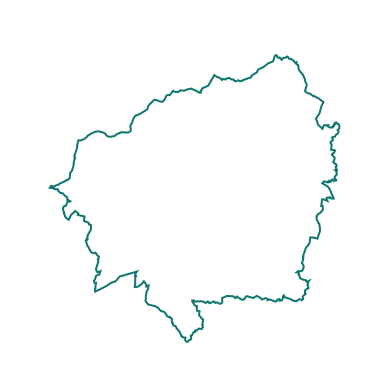 outline of Acatic, Jalisco, Mexico, rotated 9°
{"feature_id": "50627088B27776159649356", "entity_name": "Acatic", "entity_type": "district", "adm_level": 2, "iso_a3": "MEX", "parent_name": "Mexico", "parent_adm1": "Jalisco", "projection": "natural_earth1", "projection_center": [-102.897, 20.769], "detail": "fine", "context": "isolated", "style": "outline", "palette": "teal", "viewbox_px": 384, "rotation_deg": 9, "n_neighbors": 0, "source": "geoboundaries", "source_scale": "gbopen_adm2", "svg_char_len": 5996}
<svg xmlns="http://www.w3.org/2000/svg" viewBox="0 0 384 384"><g transform="rotate(9 192 192)"><path d="M211.2,340.7L212.1,339.1L214.2,337.5L213.3,334.2L214.2,334.0L215.4,330.3L217.0,329.7L216.8,328.3L218.6,328.0L219.8,325.9L222.9,325.9L223.3,324.7L223.9,324.1L223.5,322.1L223.0,322.0L223.0,316.3L221.5,315.6L218.2,312.5L218.1,308.5L215.5,308.5L214.8,305.7L214.7,303.9L212.6,303.7L209.7,300.4L209.2,299.2L210.9,298.8L211.7,299.9L214.9,299.0L216.3,299.1L217.7,298.5L220.9,298.6L221.8,299.3L222.7,299.4L224.7,297.7L225.3,297.9L225.3,298.5L226.9,299.1L230.4,296.8L231.3,296.7L232.4,297.9L234.1,297.1L236.9,298.1L238.6,297.4L239.2,296.3L238.3,292.1L242.7,289.2L249.0,288.6L251.5,290.0L251.9,289.5L252.2,288.4L252.7,288.2L254.2,289.2L258.7,290.6L260.3,289.8L261.5,287.0L262.3,286.3L269.1,287.1L272.1,284.5L275.7,285.6L277.9,287.2L281.4,285.3L283.5,285.9L283.6,286.9L285.9,286.0L291.3,287.2L292.5,286.7L292.8,285.4L294.9,284.0L295.5,284.3L295.6,285.7L297.7,285.0L298.2,283.8L298.2,280.8L299.0,279.8L299.7,281.4L305.2,282.2L309.2,283.5L312.1,283.6L314.5,281.3L316.2,281.0L317.3,281.8L318.6,280.3L317.8,278.7L317.9,277.5L320.2,274.8L319.4,274.1L319.0,271.7L320.2,270.1L322.1,268.8L322.1,268.3L320.6,266.2L321.0,264.3L320.6,263.0L321.4,261.5L319.3,262.8L318.1,261.3L314.7,261.1L312.2,260.3L311.2,257.6L310.1,256.9L310.4,255.6L309.1,254.8L308.0,254.9L309.1,253.6L312.5,253.1L313.3,252.2L314.1,248.7L313.2,246.5L311.7,245.0L312.3,241.6L311.9,240.4L312.3,240.2L311.7,238.6L312.1,238.3L311.8,237.3L313.3,229.1L315.1,226.2L316.1,223.8L315.9,218.3L319.9,218.0L323.1,218.5L324.5,210.6L324.4,209.1L322.6,203.3L321.9,203.0L319.5,199.6L318.8,196.4L319.4,196.0L319.5,194.5L321.7,192.8L323.8,189.7L323.9,188.2L323.1,185.3L321.8,185.6L321.7,178.8L323.4,178.7L327.1,179.6L326.2,178.3L325.9,176.7L328.4,175.8L328.9,176.4L329.6,175.8L330.8,176.7L332.0,176.3L332.9,176.5L333.0,176.2L327.4,167.5L325.1,165.3L319.3,163.0L320.9,160.7L322.0,161.0L324.0,160.8L324.1,161.3L325.8,160.9L325.6,159.8L327.3,160.2L327.5,158.7L328.6,157.8L329.3,157.7L330.1,159.0L331.1,158.1L332.3,158.3L332.7,157.7L330.6,155.8L330.6,154.5L332.2,152.1L332.0,150.9L331.1,149.1L331.8,148.5L331.8,147.5L330.6,147.5L331.1,147.2L330.0,144.5L330.7,143.7L330.7,143.1L330.1,142.2L327.0,140.7L326.8,140.0L327.6,137.5L327.6,135.8L324.2,133.2L324.8,132.1L326.2,130.9L326.8,128.8L326.3,128.3L322.7,128.5L322.6,123.6L322.4,122.8L321.5,122.4L320.9,121.0L323.0,119.0L322.9,117.8L321.9,116.8L322.0,116.0L324.6,114.9L325.2,113.0L326.7,111.7L327.2,110.6L327.4,109.5L326.1,108.0L327.5,106.3L327.3,104.4L326.7,102.5L323.5,100.8L323.2,102.5L321.9,101.9L321.8,104.6L321.1,104.4L320.7,104.8L320.9,106.1L318.3,106.8L315.5,105.7L316.0,104.7L312.2,105.3L311.7,105.7L311.0,109.2L305.7,105.6L304.6,102.8L302.9,100.3L305.6,94.5L306.5,86.5L307.8,82.6L301.4,79.3L299.8,79.0L298.1,78.1L297.2,78.5L293.5,76.6L289.5,75.9L287.9,74.7L288.2,70.9L288.7,69.3L287.8,66.6L286.8,65.6L285.6,62.5L283.1,58.7L280.7,56.8L278.2,54.1L276.9,49.9L275.3,49.4L274.9,47.5L273.9,48.4L271.8,46.4L270.5,46.0L269.3,45.0L267.4,45.4L265.2,43.3L264.2,43.6L263.9,44.4L260.9,45.5L259.9,47.4L257.4,45.4L256.4,46.0L255.3,45.5L254.0,43.6L252.8,44.1L252.3,45.5L252.2,47.6L251.5,50.4L247.1,53.0L242.9,57.6L239.0,60.0L237.9,61.2L237.5,63.5L232.6,67.8L232.5,69.6L229.9,70.6L228.7,71.6L227.6,71.8L226.8,72.6L225.2,73.3L224.6,74.2L223.8,74.1L222.2,75.2L220.3,74.4L217.8,75.9L216.4,75.5L215.2,74.3L213.7,74.7L211.0,73.5L208.5,74.4L207.5,75.7L207.0,75.4L204.8,75.6L204.0,76.7L202.2,75.2L198.3,74.3L195.6,73.1L194.8,75.9L193.2,79.3L193.5,79.6L192.5,81.5L191.5,84.4L185.8,88.1L185.6,89.9L184.8,90.5L185.2,92.4L183.8,92.3L183.4,92.8L181.2,91.7L175.0,90.0L171.5,91.3L168.4,93.2L164.7,93.4L162.4,95.6L159.2,95.7L157.5,95.0L154.9,99.8L152.6,100.1L151.6,100.8L150.5,105.0L148.6,107.6L145.8,107.6L142.3,106.7L140.4,106.8L136.0,112.5L135.3,114.4L135.0,117.0L134.2,118.0L128.3,123.1L123.8,125.8L122.5,129.5L121.9,133.6L120.8,135.6L120.9,137.2L121.9,139.9L121.7,141.7L119.5,143.3L112.9,144.0L108.8,146.6L106.7,148.8L102.8,150.3L99.6,150.2L97.0,147.8L94.6,147.1L90.3,146.7L87.3,147.4L83.7,149.7L79.9,153.0L79.5,154.3L77.2,156.6L73.5,158.7L71.7,158.7L71.2,164.3L71.7,165.3L70.2,175.1L70.2,175.7L71.3,176.3L70.6,179.2L70.8,185.1L70.1,189.8L68.7,192.1L69.1,197.3L67.0,199.9L66.0,199.9L64.8,201.3L59.8,204.5L59.4,205.4L56.5,206.8L55.4,208.1L51.6,208.1L51.7,208.8L51.0,210.1L53.0,210.0L53.3,209.7L56.1,210.6L59.3,210.4L59.6,211.7L62.1,213.5L64.5,213.5L67.2,215.7L69.1,216.5L69.7,217.1L70.0,219.0L70.6,219.1L70.6,219.5L73.2,220.2L72.6,220.7L70.6,220.4L69.9,224.5L69.2,225.7L68.0,225.9L67.1,227.8L67.6,230.1L68.4,231.7L68.9,231.9L68.9,233.3L69.3,233.5L70.4,235.9L71.7,237.3L74.6,238.7L76.1,233.6L79.6,229.1L83.0,230.8L82.9,232.5L89.7,233.0L89.8,237.5L94.4,238.4L95.5,240.3L96.3,240.0L97.5,240.5L98.0,245.0L95.6,251.3L96.0,252.0L95.5,254.0L96.3,254.8L96.2,255.5L95.1,255.7L94.6,256.4L97.0,261.3L98.5,262.7L98.8,263.5L101.8,267.3L104.4,267.9L105.8,267.0L106.3,267.1L108.1,269.2L110.2,270.4L110.1,272.3L109.7,272.4L109.5,273.0L110.4,275.3L109.2,283.2L110.4,285.4L111.2,286.1L113.9,284.5L113.4,288.1L111.1,289.2L110.2,290.1L110.0,293.5L109.0,295.1L109.8,296.9L110.7,297.3L111.5,296.9L111.4,300.9L111.8,302.4L111.2,303.2L111.9,305.6L121.6,298.7L126.7,294.1L130.6,292.0L133.7,286.8L149.9,279.3L149.3,280.4L149.4,281.0L148.7,281.8L149.0,282.5L148.7,282.9L148.8,284.0L149.9,284.0L149.3,285.3L150.2,290.9L150.2,294.7L151.5,294.8L153.8,293.6L156.5,291.0L158.4,287.7L161.4,290.8L161.6,292.5L163.7,291.1L163.8,294.8L162.7,297.3L162.7,301.9L163.2,305.0L162.9,306.1L163.4,307.3L166.2,309.9L173.6,310.6L176.4,311.5L179.8,314.4L182.4,314.6L184.4,315.5L186.1,317.4L186.2,318.1L188.5,319.3L189.7,318.8L190.4,319.7L191.9,320.3L192.3,322.9L193.3,324.8L193.8,324.8L193.9,325.9L194.5,326.6L195.8,326.8L196.1,326.0L196.2,327.0L197.2,327.4L198.1,329.2L201.5,331.7L202.1,333.1L203.8,335.2L204.0,336.1L204.5,336.5L205.4,336.4L205.9,336.9L207.9,336.8L208.4,337.1L208.2,338.3L208.4,339.1L209.3,340.4L211.2,340.7Z" fill="none" stroke="#0f766e" stroke-width="2"/></g></svg>